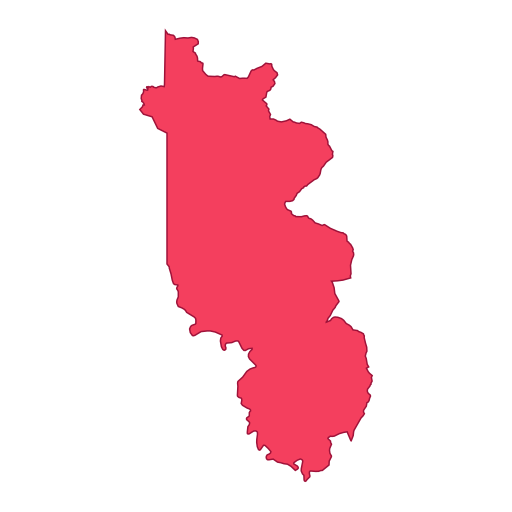 Huong Hoa, Quảng Trị, Vietnam (Mercator projection)
{"feature_id": "81297802B55643895945103", "entity_name": "Huong Hoa", "entity_type": "district", "adm_level": 2, "iso_a3": "VNM", "parent_name": "Vietnam", "parent_adm1": "Quảng Trị", "projection": "mercator", "projection_center": [106.685, 16.705], "detail": "fine", "context": "isolated", "style": "filled", "palette": "rose", "viewbox_px": 512, "rotation_deg": 0, "n_neighbors": 0, "source": "geoboundaries", "source_scale": "gbopen_adm2", "svg_char_len": 6014}
<svg xmlns="http://www.w3.org/2000/svg" viewBox="0 0 512 512"><path d="M332.8,155.2L332.4,154.4L332.9,151.4L331.9,150.8L329.5,146.1L328.7,145.5L327.9,144.3L327.9,141.8L327.4,140.0L326.0,137.2L325.7,134.3L320.0,129.2L317.6,127.7L317.1,127.1L314.2,126.5L311.3,124.7L307.8,123.8L305.2,123.5L303.9,122.8L301.3,122.2L299.6,123.4L296.5,123.0L294.4,122.1L293.3,122.0L289.9,119.2L286.4,120.8L281.4,121.9L277.5,121.2L275.9,120.1L273.4,119.0L270.1,119.0L269.7,116.5L270.5,114.5L268.5,110.9L268.9,109.1L266.2,105.9L266.7,105.1L266.9,104.1L266.6,103.6L262.4,100.0L262.5,99.5L263.4,98.6L265.9,97.1L266.7,92.6L267.2,91.5L269.9,90.3L270.8,89.0L271.1,87.2L273.0,86.3L274.9,83.6L274.4,81.3L273.5,80.5L273.2,79.7L275.5,77.7L277.6,74.9L277.0,72.7L274.1,70.5L273.2,69.2L271.8,66.2L271.7,64.3L271.0,63.7L269.7,63.9L265.8,63.2L262.0,66.4L257.1,68.3L253.9,70.0L252.3,69.9L251.1,71.0L248.4,76.9L247.2,78.3L242.7,78.2L239.6,78.5L235.3,76.2L234.5,76.7L233.8,76.6L224.8,74.6L224.1,74.7L221.9,76.6L221.0,76.9L220.1,76.9L218.8,76.4L217.2,76.2L214.8,76.5L208.0,76.2L205.7,74.3L202.6,70.6L202.5,68.3L203.0,63.8L202.7,63.1L201.3,62.8L200.5,61.8L199.9,61.5L197.9,61.2L197.6,60.8L197.5,58.1L197.0,56.2L195.6,54.0L195.4,53.1L193.0,51.5L193.4,48.5L193.2,47.0L198.2,43.8L198.3,41.6L197.4,39.4L194.3,37.9L191.5,37.4L188.0,38.0L183.8,37.7L179.9,38.2L175.3,39.3L175.0,37.4L174.6,36.5L173.4,35.3L170.1,34.8L169.4,34.3L168.0,34.3L165.5,30.7L164.5,84.4L164.2,86.6L161.0,86.0L157.7,87.0L156.7,87.7L155.9,87.8L153.6,87.2L153.2,86.6L152.6,86.6L152.2,86.3L151.3,86.4L150.2,87.3L148.8,86.6L148.3,87.0L148.1,87.7L147.7,86.9L147.1,86.7L146.8,86.8L146.6,87.6L147.8,89.2L147.7,90.1L147.2,90.3L144.4,89.5L143.7,89.5L143.5,89.8L143.6,91.8L142.8,93.8L141.5,95.2L141.2,98.5L141.9,100.4L141.8,101.4L142.9,102.1L143.9,103.5L144.3,104.9L143.0,105.0L142.5,106.7L139.8,109.5L143.5,114.2L152.1,116.8L157.7,128.4L167.0,133.1L167.0,264.0L169.2,266.8L169.3,268.2L171.0,273.8L172.3,280.3L173.5,283.6L174.6,284.5L177.8,285.0L177.9,285.8L176.9,287.5L176.7,288.8L177.8,290.4L178.3,291.8L178.3,296.9L177.0,300.0L176.7,302.0L176.9,303.4L178.3,306.5L181.9,307.9L184.0,309.1L185.4,310.3L186.7,312.4L194.1,316.9L195.6,318.4L195.9,320.2L195.8,323.6L195.2,324.2L192.1,325.3L191.2,325.9L190.4,327.0L189.6,329.0L190.3,332.6L192.3,335.4L193.1,335.8L194.8,335.4L201.1,331.6L207.3,330.9L210.1,330.9L215.2,332.0L222.0,335.0L222.2,336.1L220.8,338.1L220.4,341.0L221.4,346.7L222.7,349.3L223.5,350.0L224.7,350.2L225.8,349.2L225.9,347.7L225.3,346.2L225.3,345.4L225.4,344.4L226.4,343.1L231.8,342.6L235.3,341.1L236.9,340.9L237.9,341.0L238.6,341.4L242.0,348.3L243.9,350.4L245.3,350.5L248.6,348.7L252.1,348.3L252.2,349.1L251.9,349.6L249.8,351.7L248.5,354.2L248.4,356.6L249.6,359.0L255.7,365.1L256.1,365.8L255.9,366.8L255.2,367.4L253.1,367.9L250.1,369.0L246.8,371.4L242.7,377.1L238.2,381.2L237.8,381.8L237.6,383.2L237.9,386.3L237.4,395.3L237.6,396.3L238.9,397.4L241.3,398.2L241.6,398.7L241.8,400.3L241.2,403.5L242.5,405.3L247.2,408.1L249.4,408.9L250.3,409.6L250.6,410.2L250.5,411.1L250.0,411.4L249.3,412.6L249.3,415.7L248.8,416.4L246.8,417.8L246.5,418.5L246.6,419.6L248.9,421.6L249.6,422.6L249.6,423.3L249.3,424.6L247.9,426.7L247.3,432.2L247.4,433.6L248.0,434.0L249.1,433.9L253.7,431.0L255.8,430.9L257.1,431.7L257.4,432.4L257.5,434.2L256.8,439.5L256.7,442.4L257.3,446.7L258.5,449.6L259.5,450.1L260.3,449.8L263.5,445.3L264.0,445.2L265.1,445.5L268.2,448.4L270.9,451.6L270.5,453.0L269.4,453.9L267.2,454.9L266.4,456.2L266.2,457.2L266.5,458.7L267.4,459.7L268.8,459.8L273.2,459.1L277.5,462.1L280.7,462.7L283.9,463.7L287.5,464.2L291.0,466.3L295.3,470.4L297.5,469.1L298.2,468.2L298.2,467.3L297.4,466.1L293.8,463.9L293.7,463.1L294.0,462.6L297.1,460.3L300.0,459.1L300.6,459.0L302.1,459.8L302.7,460.8L302.7,461.6L301.3,468.7L301.2,470.9L302.5,473.9L303.9,475.3L304.1,480.0L304.5,480.9L305.2,481.3L306.1,480.9L307.0,479.6L309.7,476.9L309.9,476.0L309.4,473.6L309.4,472.0L309.8,471.3L310.7,471.0L315.6,471.4L318.7,471.3L320.5,470.6L322.4,470.4L329.0,465.0L329.2,461.1L331.4,456.7L331.4,455.9L329.9,453.3L329.5,450.3L329.7,448.5L331.5,444.2L330.6,442.5L330.5,441.1L327.9,438.6L328.3,437.5L329.8,436.7L330.2,436.2L332.2,436.4L334.3,436.1L339.4,433.6L343.6,432.4L347.1,431.8L350.9,440.7L351.2,440.8L353.2,435.6L353.6,431.8L354.0,430.3L361.0,418.0L363.0,415.9L364.4,413.7L363.5,412.1L363.6,410.2L366.3,406.2L366.9,402.7L368.3,401.9L369.1,400.4L369.6,398.3L370.5,396.1L370.4,395.6L370.1,394.9L368.3,393.4L367.4,391.7L367.3,390.4L367.6,389.0L369.9,386.1L370.2,385.0L371.0,384.3L371.0,383.2L372.1,381.1L371.4,377.4L372.2,375.6L369.5,373.3L368.2,371.7L366.4,368.2L368.7,366.9L367.2,364.3L366.2,358.4L365.3,356.1L366.0,353.1L366.9,351.2L366.7,347.2L365.5,343.2L364.2,337.7L364.3,335.9L363.6,334.6L363.4,333.8L361.0,332.4L358.5,331.5L357.6,330.6L353.0,329.9L351.0,326.6L349.3,325.2L346.2,323.5L343.7,320.3L341.5,318.6L337.9,317.3L335.0,317.0L333.4,317.4L331.6,318.8L330.5,320.5L326.3,322.2L326.4,321.6L327.1,321.0L328.0,318.3L330.2,315.6L332.8,310.2L335.1,307.5L335.9,305.7L339.0,301.6L338.8,300.8L334.8,293.5L334.1,287.7L332.3,282.3L331.5,281.2L337.5,280.8L342.9,280.1L350.7,277.9L350.3,275.9L351.0,273.8L350.5,265.2L351.8,259.6L353.4,256.0L353.7,254.7L353.5,252.8L352.6,251.2L353.2,249.7L352.7,248.0L350.6,244.3L349.5,243.5L348.5,242.1L347.3,241.4L347.0,240.8L346.7,236.2L346.2,235.1L345.2,234.2L344.1,233.8L343.2,232.9L340.9,232.6L336.9,231.2L330.3,228.3L324.7,224.7L324.2,224.6L322.1,225.5L318.4,223.9L315.1,222.9L312.6,220.1L310.7,218.7L309.4,218.5L308.5,217.9L307.5,216.1L306.7,215.7L304.4,215.9L301.4,216.7L295.7,216.6L295.2,215.9L293.7,215.6L291.5,213.7L291.3,213.1L291.5,212.2L291.0,211.2L287.4,209.6L286.6,208.7L285.5,206.8L284.6,204.2L285.0,202.6L285.8,201.4L289.8,201.4L292.6,200.7L294.0,199.4L294.1,198.4L296.2,195.5L297.1,193.3L299.5,191.7L301.7,188.7L303.6,187.7L303.8,186.9L305.1,186.1L306.6,186.0L307.8,184.5L314.2,179.7L316.7,178.6L317.8,177.7L319.6,175.0L320.2,173.4L320.9,169.5L321.8,167.6L323.4,166.2L326.2,162.2L332.3,157.6L332.7,157.0L332.8,155.2Z" fill="#f43f5e" stroke="#9f1239" stroke-width="1.5"/></svg>